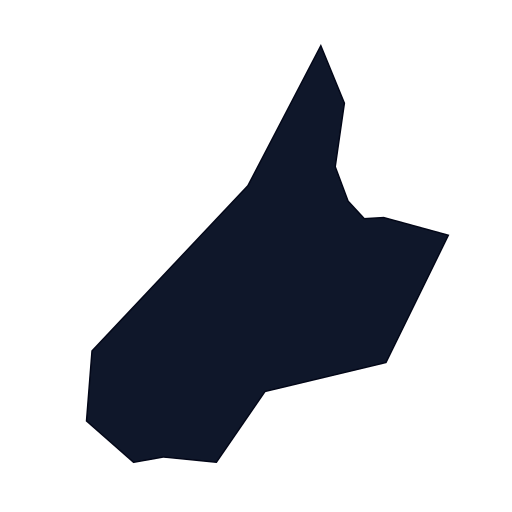 map outline of Turnišče (Mercator projection), rotated 261°
{"feature_id": "SVN-1049", "entity_name": "Turnišče", "entity_type": "Municipality", "adm_level": 1, "iso_a3": "SVN", "parent_name": "Slovenia", "parent_adm1": "", "projection": "mercator", "projection_center": [16.325, 46.616], "detail": "fine", "context": "isolated", "style": "filled", "palette": "ink", "viewbox_px": 512, "rotation_deg": 261, "n_neighbors": 0, "source": "natural_earth", "source_scale": "10m", "svg_char_len": 358}
<svg xmlns="http://www.w3.org/2000/svg" viewBox="0 0 512 512"><g transform="rotate(261 256 256)"><path d="M326.7,259.0L453.5,352.9L393.1,367.2L331.8,348.2L295.8,355.5L275.9,368.8L274.0,388.1L246.4,449.2L130.5,367.7L120.8,243.7L58.5,184.6L72.0,133.0L71.4,102.8L119.6,62.8L187.9,79.2L326.7,259.0Z" fill="#0f172a" stroke="#020617" stroke-width="1.5"/></g></svg>